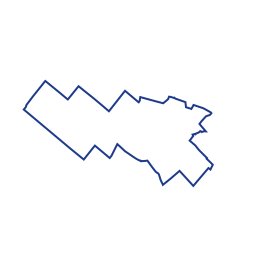 Uda-Clocociov, Teleorman, Romania (Equal Earth projection), rotated 238°
{"feature_id": "2599482B85467448595775", "entity_name": "Uda-Clocociov", "entity_type": "district", "adm_level": 2, "iso_a3": "ROU", "parent_name": "Romania", "parent_adm1": "Teleorman", "projection": "equal_earth", "projection_center": [24.718, 43.898], "detail": "fine", "context": "isolated", "style": "outline", "palette": "blue", "viewbox_px": 256, "rotation_deg": 238, "n_neighbors": 0, "source": "geoboundaries", "source_scale": "gbopen_adm2", "svg_char_len": 1447}
<svg xmlns="http://www.w3.org/2000/svg" viewBox="0 0 256 256"><g transform="rotate(238 128 128)"><path d="M96.4,206.6L97.3,206.5L99.9,205.1L104.9,202.3L112.8,195.8L112.2,194.8L110.6,191.8L111.3,191.3L114.9,188.2L119.5,190.4L124.4,186.5L128.0,183.6L129.1,183.4L129.2,182.9L129.4,182.7L130.9,181.4L131.9,180.5L132.8,179.4L131.3,177.4L131.1,176.7L130.6,172.9L130.6,172.7L130.3,171.0L130.4,170.9L135.7,165.9L147.7,154.8L145.7,153.0L145.2,152.7L144.6,151.8L144.1,150.7L144.3,150.6L161.1,145.2L161.0,144.9L152.3,120.7L161.5,117.8L170.7,114.8L189.6,108.2L189.4,107.6L184.1,92.1L184.5,91.9L193.1,89.1L211.7,82.8L211.6,82.4L209.5,76.5L205.8,65.9L205.2,64.2L201.9,55.5L201.2,53.9L200.7,53.3L200.0,52.6L199.6,51.6L198.9,49.4L140.2,68.5L124.7,73.8L129.2,86.5L130.6,90.6L112.2,96.6L113.2,99.3L120.0,110.4L115.4,111.7L109.8,113.2L99.8,117.6L96.9,119.0L95.1,120.1L93.2,121.3L93.4,121.5L92.8,121.9L92.0,123.2L91.2,124.7L90.0,127.2L82.3,127.7L76.4,128.3L75.4,128.6L73.4,129.6L72.0,129.5L69.8,129.0L68.1,128.5L66.4,128.1L61.9,127.6L61.3,127.5L62.5,137.3L64.3,149.0L57.9,150.2L44.3,152.7L51.4,175.0L49.1,175.9L51.9,180.4L53.5,180.1L60.3,178.4L60.6,179.1L69.0,177.1L72.4,176.4L77.7,175.8L84.6,173.6L86.7,179.1L88.2,179.3L87.5,181.6L87.0,181.7L87.2,183.1L87.0,184.3L86.7,185.4L87.1,187.5L86.9,187.9L85.6,188.2L85.0,190.5L83.9,192.2L90.4,191.2L93.6,190.8L94.8,194.0L96.6,200.4L95.7,204.2L96.0,205.4L96.4,206.6Z" fill="none" stroke="#1e3a8a" stroke-width="2"/></g></svg>